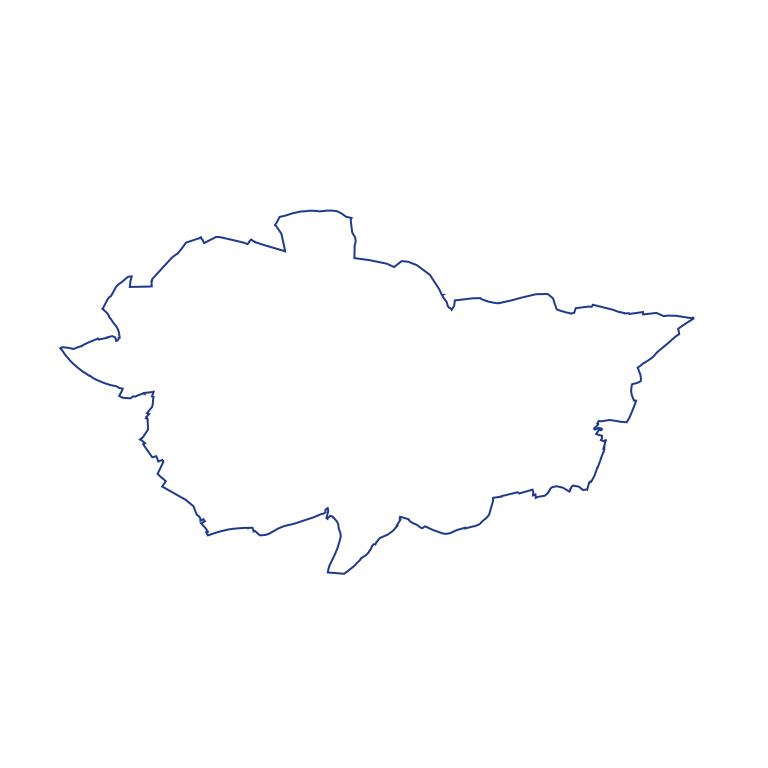 Valkenburg aan de Geul, Limburg, Netherlands (Natural Earth projection), rotated 172°
{"feature_id": "6326949B26894869293479", "entity_name": "Valkenburg aan de Geul", "entity_type": "district", "adm_level": 2, "iso_a3": "NLD", "parent_name": "Netherlands", "parent_adm1": "Limburg", "projection": "natural_earth1", "projection_center": [5.825, 50.861], "detail": "fine", "context": "isolated", "style": "outline", "palette": "blue", "viewbox_px": 768, "rotation_deg": 172, "n_neighbors": 0, "source": "geoboundaries", "source_scale": "gbopen_adm2", "svg_char_len": 6142}
<svg xmlns="http://www.w3.org/2000/svg" viewBox="0 0 768 768"><g transform="rotate(172 384 384)"><path d="M104.4,416.5L117.7,416.8L117.5,419.2L131.3,419.2L131.6,420.0L136.1,420.4L136.2,420.9L139.7,422.0L139.8,422.3L141.2,422.5L146.8,425.6L166.1,433.4L167.5,431.6L171.0,432.2L183.6,432.4L185.7,428.1L186.9,427.9L187.7,428.0L189.0,427.6L191.0,428.7L191.4,428.7L195.3,430.2L195.5,430.5L198.4,431.6L202.6,433.9L204.0,440.7L204.4,444.2L204.7,445.0L205.3,446.0L208.9,449.9L209.5,450.3L210.6,450.6L213.8,450.8L219.5,451.6L221.7,451.7L236.6,450.3L244.6,449.2L259.4,448.0L262.1,448.6L268.9,450.9L274.9,454.0L276.0,454.8L276.5,455.6L283.9,456.5L302.2,456.9L303.3,452.9L303.8,451.5L306.6,448.1L306.8,448.6L307.3,449.3L308.0,450.1L309.0,450.6L309.7,451.6L310.1,453.1L310.4,455.7L310.7,456.8L313.0,460.9L313.5,462.1L313.9,463.8L313.8,464.0L313.5,464.1L314.4,464.3L316.1,470.1L323.3,485.6L334.8,497.0L343.0,501.7L349.5,503.2L357.7,498.4L364.4,502.7L381.2,508.7L395.8,512.8L393.8,525.0L393.6,525.9L392.4,528.3L392.1,529.7L392.2,532.6L392.4,533.8L393.7,536.6L394.4,538.8L394.2,550.1L393.9,551.8L393.0,552.9L398.3,554.9L402.2,558.7L406.6,561.7L411.5,563.0L416.1,563.6L423.8,563.9L428.2,565.1L434.0,566.0L436.3,565.9L442.1,566.4L444.8,566.3L448.1,565.9L449.8,565.9L458.8,564.4L464.1,564.0L464.2,563.8L467.5,559.2L469.8,556.5L468.7,555.2L464.7,547.1L463.4,529.8L463.4,529.0L463.5,529.0L463.6,529.3L482.6,537.9L491.5,542.2L491.4,542.3L494.3,544.3L495.2,545.5L496.0,545.3L497.3,544.0L499.6,541.5L503.6,543.6L509.8,546.1L526.3,552.4L529.8,553.0L542.5,548.6L543.0,549.9L543.3,551.4L543.7,552.2L544.3,552.7L544.8,554.8L545.7,554.6L545.9,554.2L560.3,551.6L564.9,546.8L569.9,542.1L573.8,540.2L577.0,538.2L599.0,520.1L599.5,518.1L600.0,518.1L600.4,513.0L604.2,513.3L622.2,515.5L620.9,520.7L618.9,525.7L622.6,525.8L628.9,521.8L633.6,519.3L635.7,517.6L641.9,509.3L644.1,508.2L645.8,506.4L651.3,498.8L652.2,497.9L651.8,497.5L652.1,497.3L649.6,494.4L648.1,492.4L646.9,489.8L647.1,489.1L646.6,488.4L645.8,486.7L645.5,486.2L645.3,486.2L644.1,483.4L641.2,478.4L640.4,476.7L639.5,473.6L639.3,470.9L639.3,466.6L640.4,466.5L640.7,465.3L641.5,464.3L642.2,464.1L643.4,464.1L643.4,466.5L643.9,467.7L644.5,468.0L646.2,469.1L647.1,469.2L651.7,468.7L651.6,468.3L660.3,467.7L660.8,468.8L670.1,466.5L677.1,464.3L678.2,463.4L678.6,463.7L686.5,462.0L687.4,462.1L689.6,463.1L691.1,463.6L696.8,465.1L698.7,464.9L699.6,464.5L699.5,464.0L698.1,462.4L696.2,458.3L695.1,456.4L691.3,450.4L689.0,447.4L683.8,441.5L679.9,437.6L677.6,435.9L675.5,433.8L674.7,433.1L674.2,433.3L673.9,433.1L673.9,432.9L670.9,430.1L667.9,428.0L661.4,424.1L655.4,421.2L649.8,419.1L647.9,418.1L647.1,417.0L643.4,415.8L644.1,414.2L647.9,409.0L644.6,406.7L637.1,405.1L634.0,406.7L632.2,406.1L629.3,407.0L625.4,407.8L623.6,408.1L622.7,407.6L623.0,408.5L622.6,408.5L616.6,408.3L613.2,408.4L613.6,407.5L615.6,404.0L614.0,403.3L614.8,400.8L615.8,396.3L616.3,394.7L616.9,393.5L622.7,388.2L620.7,387.0L624.0,384.4L623.6,384.0L624.4,383.2L623.0,382.5L624.0,371.7L628.3,367.0L629.7,365.2L633.3,363.0L631.8,362.0L628.9,358.5L630.9,357.9L623.7,343.7L619.5,344.2L618.3,338.7L614.2,339.6L614.1,338.9L613.3,338.5L613.4,337.7L614.0,336.6L620.7,326.5L618.9,324.1L617.3,322.2L617.0,322.1L613.6,318.1L617.9,313.3L596.5,296.9L591.8,291.7L590.2,290.1L589.7,289.3L587.6,280.6L585.5,278.5L584.8,277.1L584.7,276.1L584.8,274.2L581.7,275.3L580.5,273.0L584.6,271.6L581.1,266.6L578.9,262.2L580.7,262.0L579.5,258.6L568.7,260.6L558.4,261.6L552.9,261.6L544.0,261.1L538.7,260.5L538.6,260.1L538.1,260.4L534.2,259.9L533.5,256.5L533.6,256.2L532.2,256.4L528.0,251.4L522.8,251.0L518.7,251.7L509.2,255.5L505.2,256.6L501.6,257.3L492.7,258.1L472.2,261.8L463.5,264.1L462.2,263.9L459.8,265.1L459.6,267.4L458.0,268.5L457.0,268.9L456.9,266.6L457.0,265.6L459.7,259.3L458.7,258.3L458.4,259.0L456.5,260.2L455.6,260.9L454.7,260.6L453.6,259.9L453.0,258.9L452.7,259.0L449.9,254.6L449.3,253.2L448.9,251.6L448.8,250.4L449.0,247.5L448.0,242.8L447.9,240.2L448.0,239.1L449.6,235.1L452.8,228.2L456.1,222.5L463.4,211.5L464.6,208.9L465.9,205.2L449.8,201.6L438.2,208.3L435.7,210.5L432.5,212.8L432.4,213.1L431.6,213.5L431.3,214.3L430.9,214.7L425.5,217.1L422.5,219.5L422.0,220.5L421.2,221.0L421.1,221.4L420.0,222.4L418.2,225.5L416.2,226.8L414.9,226.3L414.0,227.5L413.8,228.3L412.8,228.9L410.3,231.4L408.7,232.3L401.4,234.3L395.6,237.3L390.6,241.7L391.1,242.0L386.5,247.5L387.3,248.1L386.5,250.3L378.3,246.6L377.9,245.0L376.8,243.9L374.7,242.1L371.2,240.1L367.4,236.4L366.2,235.9L363.2,237.3L361.2,236.3L361.3,236.1L355.6,232.5L346.8,227.9L344.0,227.0L340.5,227.0L338.4,227.3L333.3,228.9L331.1,229.4L323.5,230.4L323.5,229.6L315.6,230.6L314.3,230.5L309.9,231.5L308.7,232.0L305.5,234.5L300.7,237.5L298.1,240.0L292.3,253.0L291.8,256.1L283.3,256.1L283.3,256.6L266.7,258.2L265.4,256.8L251.6,258.7L251.2,256.1L252.0,253.0L249.4,253.6L249.6,250.1L247.6,250.8L240.3,251.0L236.8,253.2L236.9,253.4L234.6,255.8L233.6,257.5L231.4,258.5L227.2,258.7L221.2,256.4L215.4,251.6L214.8,252.1L214.3,252.9L214.3,254.0L213.3,254.7L212.7,256.0L210.8,257.2L209.5,256.5L206.5,255.7L205.0,254.9L202.5,252.1L201.2,251.2L198.2,251.4L197.5,251.0L194.7,257.6L194.4,257.5L193.5,258.7L192.4,258.3L187.9,264.6L184.3,271.7L184.0,271.6L179.4,280.0L179.6,280.1L176.5,285.6L176.2,285.6L174.9,288.6L175.7,288.9L174.8,290.4L175.3,290.4L172.1,297.4L172.9,297.6L174.0,296.5L177.0,298.3L175.7,299.9L175.4,302.5L178.0,303.5L180.9,305.0L177.3,308.8L175.7,308.0L174.8,308.4L174.5,308.8L174.5,309.2L175.7,310.0L177.7,310.8L180.1,309.7L181.6,309.6L182.0,309.9L182.2,310.3L181.8,311.2L179.8,312.3L177.7,314.0L177.4,314.5L177.5,314.9L178.2,315.3L176.4,317.6L175.6,317.1L173.6,316.8L166.4,317.0L165.0,316.8L158.0,314.7L155.4,313.8L149.0,312.3L145.7,316.4L141.8,322.9L136.6,332.2L136.7,332.5L137.4,332.7L138.8,332.8L140.2,338.6L140.3,341.3L140.2,343.2L139.0,347.7L138.3,349.3L133.8,349.7L132.2,350.1L129.3,351.2L128.8,353.4L128.8,357.4L130.5,365.0L128.0,366.1L124.9,368.1L120.5,369.9L115.4,372.4L112.7,374.2L110.4,376.4L107.9,378.2L95.4,385.9L92.6,387.9L88.3,390.6L84.7,392.3L85.0,397.8L77.4,401.6L68.4,405.7L68.7,406.7L70.7,406.5L85.3,410.9L92.9,412.2L97.6,412.3L104.4,416.5Z" fill="none" stroke="#1e3a8a" stroke-width="2"/></g></svg>